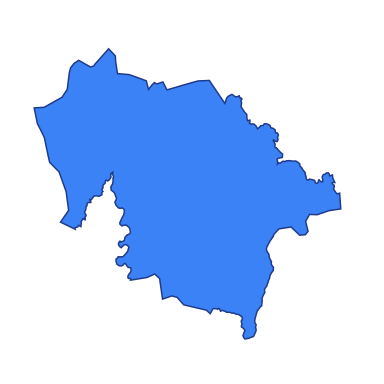 Dioila, Koulikoro, Mali (Natural Earth projection), rotated 353°
{"feature_id": "8926073B3838133103629", "entity_name": "Dioila", "entity_type": "district", "adm_level": 2, "iso_a3": "MLI", "parent_name": "Mali", "parent_adm1": "Koulikoro", "projection": "natural_earth1", "projection_center": [-6.702, 12.317], "detail": "fine", "context": "isolated", "style": "filled", "palette": "blue", "viewbox_px": 384, "rotation_deg": 353, "n_neighbors": 0, "source": "geoboundaries", "source_scale": "gbopen_adm2", "svg_char_len": 5541}
<svg xmlns="http://www.w3.org/2000/svg" viewBox="0 0 384 384"><g transform="rotate(353 192 192)"><path d="M250.5,102.2L249.4,102.8L247.7,103.0L246.0,102.3L244.4,100.6L243.5,100.0L241.9,100.5L239.9,101.3L238.1,102.6L237.4,104.1L237.3,104.3L236.7,105.6L235.4,108.1L235.3,107.9L222.8,83.4L211.5,82.5L197.7,84.6L179.6,87.6L176.5,79.2L170.2,80.5L168.0,78.8L165.1,81.1L161.3,84.9L160.2,76.1L156.2,74.0L143.9,67.8L134.0,65.7L132.5,65.5L132.1,53.5L132.5,47.6L126.7,39.7L110.8,53.7L109.9,55.0L106.4,55.5L95.6,47.5L90.6,50.0L86.6,54.0L84.8,58.6L80.7,74.9L74.6,82.1L55.6,89.9L45.6,89.3L46.9,105.4L49.4,112.1L52.1,120.0L53.2,133.4L53.2,133.9L54.3,145.2L62.5,155.8L67.1,176.2L67.3,195.2L57.8,205.9L70.3,213.9L71.5,214.7L71.3,213.5L72.3,213.1L74.3,212.7L75.6,211.3L76.4,211.9L77.5,212.8L77.8,211.5L78.2,210.0L78.3,208.7L78.3,208.0L78.7,207.5L80.1,205.7L80.5,205.2L80.8,205.2L81.2,205.6L81.7,206.2L82.7,206.5L82.8,205.6L82.6,204.2L83.1,203.6L83.4,203.3L84.1,202.0L83.5,200.8L83.1,200.1L83.1,199.6L83.0,198.9L84.5,196.3L85.1,193.4L86.2,192.7L86.3,191.5L86.6,190.5L87.4,189.8L90.0,190.1L90.5,189.7L89.7,188.3L89.7,186.9L91.0,187.5L92.2,186.1L93.5,184.9L93.9,184.1L97.2,184.2L99.0,184.9L101.2,184.2L102.3,183.7L102.4,181.5L103.7,180.6L102.9,179.3L103.4,177.4L104.2,177.1L104.3,175.2L104.9,174.0L106.7,172.9L107.6,170.1L108.2,169.9L108.6,169.8L109.1,170.2L109.6,170.8L111.4,169.9L113.5,167.1L113.3,165.3L114.0,163.6L115.3,162.9L115.8,162.7L115.3,164.4L115.2,164.7L115.3,164.8L116.1,167.1L115.2,168.9L115.0,171.7L114.0,174.6L112.2,176.8L112.0,178.0L112.1,180.2L112.1,180.4L112.3,180.6L114.7,183.0L115.5,185.7L115.6,186.4L115.7,187.2L116.4,188.5L115.8,190.6L115.2,191.0L114.2,192.8L115.0,195.9L117.1,198.9L119.0,199.5L120.8,199.3L122.4,200.7L122.6,202.5L121.4,206.6L120.2,207.8L117.1,212.8L116.6,213.8L116.6,215.2L116.6,215.3L117.8,216.5L118.3,217.1L119.8,216.8L121.9,216.7L122.8,217.0L125.0,219.1L125.8,221.1L126.0,224.8L124.9,226.1L122.3,226.7L120.0,228.8L118.9,231.9L117.4,232.5L115.0,232.9L114.5,232.0L113.8,232.6L113.0,233.6L112.6,235.1L113.3,237.1L114.2,238.0L114.9,238.7L117.9,236.3L118.9,236.2L119.9,236.2L121.3,237.1L122.6,238.8L122.0,240.6L120.8,243.3L120.0,244.0L117.9,245.9L116.7,247.0L115.4,247.8L112.6,247.6L110.8,247.2L110.2,248.3L108.6,249.2L108.1,250.8L108.7,254.6L110.2,255.9L111.4,256.6L113.0,256.8L114.9,256.0L116.2,254.7L117.1,254.8L119.2,258.8L120.8,259.5L122.0,259.8L122.1,260.2L121.9,262.8L120.8,264.6L119.5,265.8L118.2,267.5L118.0,268.8L118.2,270.0L119.1,270.3L119.9,270.2L120.8,271.1L120.6,271.4L120.3,272.0L136.7,271.4L145.0,268.9L149.3,273.9L149.7,294.7L159.3,292.7L164.3,294.7L170.1,303.0L191.8,311.0L193.1,312.5L195.3,315.0L198.2,310.9L198.9,310.3L200.5,310.6L201.1,310.7L201.5,310.7L202.7,311.1L203.0,311.4L203.3,311.6L203.7,311.2L203.9,310.9L204.4,310.8L205.1,311.3L205.3,312.2L205.7,313.4L205.8,313.8L206.7,313.5L207.6,313.2L209.7,314.2L210.2,314.4L210.8,314.6L211.3,315.4L211.4,315.5L211.6,315.5L213.7,315.9L215.1,316.1L217.0,317.2L218.5,317.1L220.6,318.5L223.2,319.2L226.2,321.8L226.6,323.4L226.3,324.8L225.4,325.6L225.1,326.7L225.5,328.9L224.5,331.8L226.1,333.2L227.0,334.6L227.6,335.5L227.4,336.6L226.6,337.5L225.8,339.2L225.1,340.9L225.5,342.5L226.5,344.3L228.9,344.2L230.9,344.1L232.2,343.6L235.4,342.9L238.3,338.3L238.9,336.6L238.6,334.1L239.4,331.7L239.5,331.5L238.9,330.4L238.7,329.9L238.4,328.2L238.7,327.0L239.1,325.5L242.0,318.5L246.0,314.1L247.2,313.6L248.3,309.1L248.5,306.3L249.7,303.8L252.1,300.5L251.9,299.2L252.2,297.4L252.9,296.4L254.8,294.4L255.4,292.7L256.2,291.5L257.3,288.9L258.4,287.3L259.0,284.9L259.8,283.7L260.5,282.6L260.6,282.4L263.0,279.9L263.7,276.7L262.3,274.5L261.9,272.6L262.4,270.9L261.9,269.6L260.7,266.5L260.8,263.5L259.2,260.0L258.8,258.0L259.6,255.6L260.7,254.1L263.4,250.2L266.2,247.2L266.2,246.7L266.5,246.6L267.0,246.4L268.1,244.0L273.9,239.2L286.1,238.8L293.6,248.0L299.3,248.2L302.4,245.2L301.2,235.0L305.9,228.6L313.4,229.8L325.8,227.2L337.6,226.9L338.4,211.1L336.8,211.5L335.4,211.2L333.3,207.4L332.8,206.2L333.8,204.4L334.0,202.7L332.8,201.8L332.3,200.8L332.2,200.0L333.4,199.7L334.9,200.0L334.2,197.9L333.4,195.0L333.5,192.2L332.2,192.5L330.6,192.7L330.6,192.3L330.4,191.1L329.8,189.7L328.0,189.4L326.0,190.6L324.5,190.7L323.0,192.9L323.2,194.7L323.2,195.3L323.1,196.8L323.1,197.5L322.3,197.9L321.5,197.5L320.4,196.7L319.8,195.5L319.2,195.5L318.8,196.3L318.5,197.3L317.8,198.4L317.0,198.4L316.1,198.4L315.4,197.3L315.2,195.5L313.6,194.7L311.9,194.1L310.1,193.5L308.8,194.3L307.5,193.8L306.9,192.4L307.1,190.8L306.6,188.6L306.6,188.0L306.7,186.6L304.6,183.2L303.7,181.0L302.4,179.8L302.3,177.1L301.1,175.7L298.8,173.9L295.5,173.6L292.9,172.8L289.6,172.5L287.9,173.2L286.4,172.5L284.8,173.1L283.1,174.1L281.8,173.7L280.2,174.7L280.8,172.7L280.3,169.9L281.6,169.0L284.3,168.9L285.9,168.6L286.2,167.2L286.5,165.4L283.9,162.5L281.2,158.4L280.4,158.2L280.1,157.8L279.7,157.1L279.9,156.3L280.4,154.6L279.1,151.5L278.8,150.7L279.5,150.1L280.3,151.2L281.8,152.2L282.8,152.3L283.8,150.3L283.5,148.2L284.7,146.0L284.0,143.9L282.1,143.2L282.0,140.3L281.6,140.0L280.1,138.6L278.0,137.8L277.6,135.5L276.4,134.5L274.5,133.5L272.0,133.1L271.0,134.6L268.2,134.6L266.9,135.9L264.7,137.2L263.5,134.1L261.8,132.2L260.7,131.8L258.7,131.8L257.9,131.2L257.4,130.9L257.8,129.9L258.1,129.0L258.3,127.8L257.8,127.6L257.1,128.0L255.9,128.1L255.7,127.0L255.5,125.6L255.8,121.8L254.2,119.5L251.7,114.7L251.0,113.3L252.1,109.5L251.6,107.5L252.4,106.6L252.9,105.8L252.3,104.8L252.0,104.9L251.5,105.0L251.0,103.8L250.7,102.9L250.6,102.4L250.5,102.2Z" fill="#3b82f6" stroke="#1e3a8a" stroke-width="1.5"/></g></svg>